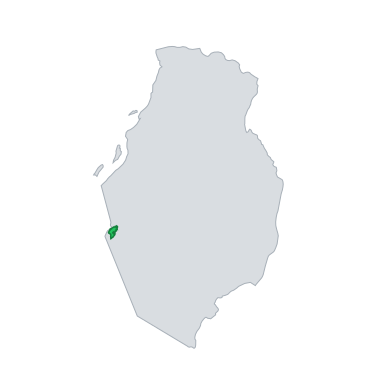 Moshi, Kilimanjaro, United Republic of Tanzania (highlighted), rotated 211°
{"feature_id": "72390352B4446234130359", "entity_name": "Moshi", "entity_type": "district", "adm_level": 2, "iso_a3": "TZA", "parent_name": "United Republic of Tanzania", "parent_adm1": "Kilimanjaro", "projection": "equal_earth", "projection_center": [37.376, -3.37], "detail": "fine", "context": "in_parent", "style": "filled", "palette": "green", "viewbox_px": 384, "rotation_deg": 211, "n_neighbors": 0, "source": "geoboundaries", "source_scale": "gbopen_adm2", "svg_char_len": 6129}
<svg xmlns="http://www.w3.org/2000/svg" viewBox="0 0 384 384"><g transform="rotate(211 192 192)"><path d="M155.7,269.0L152.6,266.8L149.9,265.5L147.6,264.1L146.6,262.7L144.5,262.1L142.6,261.9L140.9,260.6L137.5,260.1L137.1,259.2L137.0,257.3L136.4,256.8L135.1,256.3L133.8,256.3L132.9,256.6L132.4,256.5L131.3,255.3L130.2,253.9L129.8,251.6L128.2,250.1L126.4,248.9L121.3,249.0L120.5,248.7L119.2,247.5L117.8,245.6L116.7,243.3L115.6,240.3L114.6,236.3L108.6,220.1L108.0,217.1L106.8,213.7L104.9,209.5L102.9,206.4L100.2,203.6L97.2,200.8L95.5,198.9L92.3,191.3L91.6,187.8L91.1,184.1L91.3,182.6L93.3,177.8L93.5,176.5L93.2,174.6L92.2,170.8L91.0,166.2L88.4,157.8L88.1,155.7L88.1,154.1L89.5,145.6L89.5,144.4L95.4,144.6L99.7,140.8L103.4,135.2L104.1,132.9L105.7,129.3L107.1,127.5L107.7,126.3L108.6,122.7L110.5,120.3L112.4,118.4L112.0,117.1L112.3,116.6L113.3,115.7L115.4,114.8L115.8,112.9L115.8,110.8L115.4,109.6L115.5,108.3L115.2,107.5L113.8,107.3L111.9,106.3L110.2,105.8L109.1,105.2L108.7,104.7L108.5,103.4L109.4,100.2L108.5,98.9L110.5,93.4L110.9,92.8L111.6,92.7L112.8,92.1L113.9,91.8L114.8,92.0L115.5,91.8L116.0,91.2L116.5,89.4L116.9,86.3L116.7,83.8L115.9,81.9L115.6,78.9L116.0,74.9L115.7,71.7L114.8,69.0L113.8,67.5L112.3,66.7L110.0,62.7L109.3,60.8L109.4,59.5L110.2,59.0L111.7,59.2L113.1,58.8L114.4,57.6L115.6,57.3L116.3,57.5L175.0,57.5L243.6,109.0L243.9,109.6L244.4,114.1L244.3,115.6L243.2,118.1L242.9,119.5L242.9,120.4L243.2,120.8L244.1,120.9L244.8,121.5L245.1,122.0L245.7,123.9L246.5,124.9L272.5,150.1L273.1,150.5L272.7,152.6L271.2,157.8L271.1,159.9L270.6,162.4L270.0,164.1L268.5,171.3L267.2,174.0L265.5,180.3L265.3,185.2L266.2,188.6L266.5,191.8L268.5,194.9L270.1,196.0L271.2,197.4L273.1,200.7L274.2,203.9L277.7,205.5L279.1,209.2L278.6,211.7L276.9,213.8L275.4,217.1L274.2,221.6L274.2,228.3L275.0,227.3L276.8,229.0L277.1,234.0L275.2,239.8L274.6,242.5L274.5,244.8L275.8,251.8L277.9,255.3L277.7,256.4L277.2,257.3L280.7,263.6L280.4,269.0L281.7,273.2L282.3,276.9L283.2,279.7L283.3,281.7L282.2,283.8L284.8,284.3L286.3,286.1L287.0,287.8L288.9,287.7L289.9,288.9L291.3,289.8L294.5,292.6L295.4,294.1L295.9,295.4L287.1,304.3L283.9,306.6L281.6,307.7L279.2,308.3L276.9,309.7L274.7,311.9L271.9,313.0L268.5,313.0L264.9,314.5L259.3,319.1L256.0,316.6L253.4,315.8L250.5,315.8L248.7,316.2L248.0,316.7L247.5,318.3L247.0,320.8L245.0,323.3L241.6,325.6L238.5,326.5L235.7,325.9L233.7,324.9L232.7,323.6L231.2,322.9L229.2,323.1L227.4,324.0L225.6,325.9L222.7,326.7L218.7,326.4L216.6,325.5L216.3,324.0L214.6,322.2L211.4,320.1L209.1,320.1L207.6,322.1L206.2,323.3L205.0,323.8L203.9,323.9L202.3,323.4L197.9,323.1L193.8,323.2L193.3,320.4L192.5,318.6L191.7,317.6L190.3,317.3L189.9,316.5L189.4,314.7L188.7,313.2L187.8,312.0L187.2,310.8L187.0,309.7L187.2,308.5L188.0,305.6L188.3,303.6L188.2,301.5L187.7,299.4L186.7,296.9L186.8,296.2L186.5,294.5L186.4,293.3L186.6,291.8L186.4,289.8L185.6,285.6L185.6,284.5L184.7,282.5L181.9,277.7L181.8,277.1L177.4,272.2L175.7,271.2L175.1,272.1L174.9,272.9L175.0,274.5L174.9,275.2L174.8,275.6L173.7,275.5L173.1,275.4L171.4,274.1L170.2,273.7L167.0,274.0L165.9,274.3L165.0,274.0L163.3,271.8L161.4,271.3L159.6,271.2L156.7,268.6L155.7,269.0ZM278.2,187.8L279.6,193.2L279.4,194.2L278.4,194.8L277.9,194.8L277.2,194.0L276.8,192.2L276.0,192.6L274.7,190.4L273.4,190.3L272.3,187.8L272.7,185.5L272.5,181.7L273.9,179.7L274.7,176.4L275.6,178.7L275.8,182.2L277.0,186.3L278.2,187.8ZM285.1,155.9L285.2,157.2L284.9,158.4L285.0,162.2L284.9,164.7L283.8,168.2L282.9,169.4L282.1,169.1L281.5,168.5L281.0,167.5L282.0,161.1L281.5,156.4L283.5,156.9L285.1,155.9ZM282.1,233.1L281.1,233.4L280.7,233.1L280.1,232.1L281.2,231.2L282.2,229.4L284.6,226.9L285.8,224.9L285.6,226.9L284.2,231.2L283.0,231.5L282.1,233.1Z" fill="#d9dde1" stroke="#a8b0b8" stroke-width="1"/><path d="M237.2,120.6L237.3,120.8L237.2,120.9L237.2,121.0L237.1,121.3L237.2,121.5L237.3,121.7L237.2,121.7L237.3,121.8L237.3,122.0L237.4,122.3L237.5,122.4L237.5,122.5L237.7,122.8L237.7,123.0L237.8,123.0L237.8,123.3L237.9,123.6L238.0,123.9L238.1,124.0L238.3,124.1L238.5,124.1L238.9,124.1L239.0,124.1L239.0,123.9L239.0,123.7L239.1,123.4L239.1,123.2L239.2,123.3L239.2,123.2L239.4,123.2L239.5,123.1L239.6,122.9L239.7,123.0L239.8,123.0L239.7,122.8L239.8,122.8L240.0,122.9L240.1,122.7L240.3,122.6L240.2,122.6L240.2,122.4L240.3,122.3L240.3,122.2L240.5,122.0L240.5,121.9L240.7,121.7L240.7,121.8L240.8,121.7L241.0,121.5L241.0,121.4L241.0,121.5L241.1,121.4L241.3,121.4L241.3,121.2L241.5,120.9L241.5,120.7L241.6,120.4L241.6,120.2L241.6,120.3L241.7,120.2L241.8,120.0L241.9,119.9L241.9,119.7L241.9,119.4L242.0,119.0L242.5,118.8L242.5,118.7L242.6,118.8L243.1,118.0L243.0,117.8L242.9,117.8L242.9,117.7L242.8,117.4L242.9,117.1L242.8,116.9L242.8,116.7L242.8,116.4L242.9,116.2L242.9,115.9L242.9,115.7L242.7,115.5L242.7,115.2L242.8,114.9L242.8,114.7L242.5,114.3L242.4,114.2L242.5,114.1L242.4,114.0L242.2,114.1L242.0,113.9L241.9,113.9L241.9,114.0L241.6,114.0L241.4,114.0L241.4,113.9L241.2,113.9L240.9,113.8L240.7,113.9L240.2,113.9L239.9,113.9L239.7,113.6L239.4,113.3L239.3,113.1L239.2,112.9L239.0,112.2L238.8,112.0L238.2,111.2L237.8,110.5L237.5,110.2L237.3,110.7L237.3,110.9L237.3,111.0L237.2,111.2L237.1,111.4L237.0,111.5L236.8,112.2L236.7,112.3L236.6,112.5L236.5,112.8L236.6,113.1L236.5,113.3L236.4,113.3L236.4,113.6L236.4,113.8L236.4,114.0L236.4,114.3L236.4,114.5L236.3,114.8L236.2,115.2L236.2,115.3L236.3,115.3L236.4,115.5L236.4,115.8L236.5,115.7L236.7,115.8L236.8,115.8L236.8,116.1L236.7,116.2L236.7,116.3L236.8,116.4L236.9,116.5L236.9,116.4L237.0,116.4L237.1,116.2L237.2,116.3L237.3,116.2L237.2,116.0L237.3,116.0L237.4,115.8L237.4,115.7L237.5,115.7L237.8,115.8L238.1,115.9L238.1,116.0L238.4,116.1L238.6,116.1L238.7,116.3L239.0,116.3L239.0,116.6L238.9,116.8L238.7,117.2L238.3,117.2L238.2,117.2L238.2,117.3L238.3,117.4L238.2,117.4L238.3,117.4L238.3,117.5L238.0,117.6L237.8,117.6L237.7,117.6L237.6,117.4L237.3,117.4L237.2,117.5L237.2,117.8L237.4,118.0L237.5,118.0L237.5,118.3L237.4,118.3L237.4,118.5L237.2,118.8L237.2,119.0L237.0,119.3L237.0,119.5L236.9,119.7L237.0,119.8L236.9,119.8L237.0,119.8L236.9,119.9L237.0,120.1L237.1,120.3L237.3,120.6L237.2,120.6L237.2,120.6Z" fill="#22c55e" stroke="#15803d" stroke-width="1.5"/></g></svg>